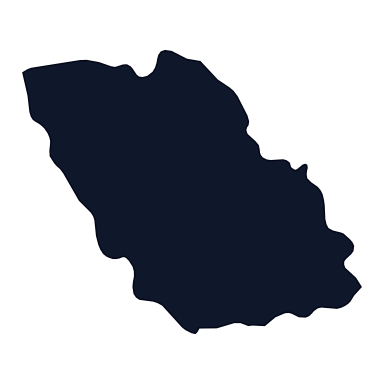 an SVG outline of Prahova
{"feature_id": "ROU-310", "entity_name": "Prahova", "entity_type": "County", "adm_level": 1, "iso_a3": "ROU", "parent_name": "Romania", "parent_adm1": "", "projection": "natural_earth1", "projection_center": [26.063, 45.125], "detail": "fine", "context": "isolated", "style": "filled", "palette": "ink", "viewbox_px": 384, "rotation_deg": 0, "n_neighbors": 0, "source": "natural_earth", "source_scale": "10m", "svg_char_len": 1955}
<svg xmlns="http://www.w3.org/2000/svg" viewBox="0 0 384 384"><path d="M248.4,325.3L240.8,322.4L234.1,322.4L216.7,327.6L199.0,327.8L196.8,331.8L195.2,333.3L191.8,332.5L186.0,329.6L182.5,326.9L162.6,305.0L157.8,302.4L153.3,300.9L139.6,299.1L136.5,297.0L134.2,293.5L133.2,286.9L133.7,281.6L134.7,276.5L134.6,271.2L133.2,266.2L129.3,260.2L126.4,257.3L124.1,256.3L121.8,256.7L119.4,257.7L116.2,258.3L113.0,258.3L109.5,257.2L106.6,255.8L103.7,253.5L101.1,249.5L99.0,244.7L96.7,235.7L95.1,220.1L93.9,216.2L91.5,212.3L79.5,200.3L63.8,172.9L60.5,168.5L57.4,165.8L54.8,162.9L50.4,156.0L50.1,151.0L50.8,143.9L50.9,140.9L50.1,137.3L48.3,133.0L45.0,128.1L41.9,125.1L39.1,123.0L36.1,121.3L33.4,119.4L31.4,116.2L30.1,111.8L28.2,95.4L23.0,72.7L27.7,69.9L31.4,68.5L80.0,60.8L86.6,60.6L98.8,62.8L111.0,67.0L115.1,67.7L123.1,65.2L126.7,65.0L130.3,67.0L132.3,69.4L136.1,75.1L138.6,77.2L142.5,77.8L147.5,76.6L153.1,72.3L155.7,67.9L157.2,63.2L157.9,59.2L159.0,55.1L161.3,52.0L165.1,50.7L171.4,51.6L186.6,59.4L200.1,61.7L217.4,80.2L229.1,88.0L233.1,91.4L237.0,96.6L246.8,115.8L248.4,121.4L247.9,124.9L246.2,127.4L245.6,130.4L246.9,134.3L255.1,141.8L258.2,145.6L259.0,149.7L259.3,152.8L260.2,155.4L262.3,158.0L266.4,160.1L270.3,160.8L283.0,160.0L286.3,160.9L289.1,163.0L290.5,167.6L293.6,170.0L295.9,170.6L298.1,169.3L302.9,165.3L305.2,164.5L306.6,165.2L307.0,167.9L306.3,170.8L305.9,174.4L306.6,178.7L310.7,182.8L317.5,187.6L320.2,191.0L322.0,194.7L323.3,200.4L324.0,205.5L324.6,219.3L325.9,224.7L327.9,228.6L332.6,231.2L340.7,233.2L343.2,234.2L349.6,240.0L351.9,242.7L353.4,245.9L352.8,250.8L350.6,253.8L345.4,258.6L343.5,261.3L343.4,264.6L344.6,268.2L355.5,278.2L361.0,286.9L353.5,295.2L349.9,301.1L348.0,303.0L344.9,305.2L341.1,307.0L336.9,308.1L321.3,306.8L317.4,307.7L313.5,310.5L311.2,313.2L308.6,315.6L305.3,316.9L298.9,316.5L292.1,313.1L288.9,312.2L284.8,312.5L275.0,316.7L264.6,325.4L252.5,324.8L248.4,325.3Z" fill="#0f172a" stroke="#020617" stroke-width="1.5"/></svg>